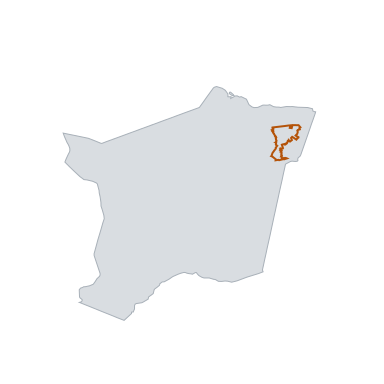 Voi, Coast, Kenya (highlighted), rotated 250°
{"feature_id": "3690345B74422593765563", "entity_name": "Voi", "entity_type": "district", "adm_level": 2, "iso_a3": "KEN", "parent_name": "Kenya", "parent_adm1": "Coast", "projection": "robinson", "projection_center": [38.488, -3.338], "detail": "fine", "context": "in_parent", "style": "outline", "palette": "amber", "viewbox_px": 384, "rotation_deg": 250, "n_neighbors": 0, "source": "geoboundaries", "source_scale": "gbopen_adm2", "svg_char_len": 6535}
<svg xmlns="http://www.w3.org/2000/svg" viewBox="0 0 384 384"><g transform="rotate(250 192 192)"><path d="M92.7,231.5L92.6,226.7L93.2,214.5L93.1,203.8L93.7,198.4L96.0,195.0L97.1,192.5L97.9,189.0L99.1,186.2L101.9,183.9L102.4,182.7L105.3,178.8L107.1,173.9L108.4,172.2L110.1,170.7L111.3,169.8L113.2,169.0L114.7,168.6L115.0,168.2L115.1,167.4L114.6,164.3L115.3,163.3L116.3,161.3L117.5,159.4L118.6,158.2L119.2,156.9L119.4,154.8L119.5,153.3L119.5,150.8L119.1,145.1L117.9,140.4L117.1,135.1L117.7,133.3L116.7,130.2L116.2,130.1L115.4,129.4L114.4,126.5L113.6,123.8L113.2,123.1L109.8,120.8L108.2,115.3L106.3,114.1L105.3,108.6L105.1,107.0L106.2,101.6L106.1,100.3L105.0,99.2L101.8,98.0L99.3,95.7L99.6,95.0L99.8,94.1L98.5,93.6L94.6,84.3L99.6,78.6L104.7,73.0L111.1,65.8L117.1,59.2L122.2,53.5L126.8,48.4L126.7,49.3L126.7,50.6L127.3,51.4L128.2,52.0L129.5,51.4L130.7,50.6L131.8,50.4L138.7,52.6L139.8,54.4L139.7,56.4L140.0,57.8L139.5,59.3L138.9,63.7L139.1,67.7L141.1,70.6L143.0,73.0L144.4,76.3L145.5,77.3L147.0,77.8L151.7,77.9L158.7,78.1L165.5,78.3L166.1,78.4L167.5,78.9L173.7,83.3L179.4,87.3L184.2,90.9L188.8,94.3L193.4,97.6L196.9,100.4L200.3,101.2L206.0,101.6L209.9,101.7L213.5,102.9L218.8,104.0L222.8,104.5L225.2,105.2L231.9,105.8L233.0,105.4L236.0,102.4L239.3,97.4L240.6,94.7L244.9,91.9L252.4,88.1L257.7,85.5L263.6,82.8L266.2,85.1L269.9,88.8L271.6,90.7L272.9,91.5L274.9,92.1L277.3,92.1L278.7,92.0L281.4,91.5L287.8,91.1L291.4,91.1L288.3,96.1L284.7,102.0L277.9,113.0L272.8,118.8L268.9,123.1L268.5,123.9L268.6,128.8L268.6,140.6L268.7,164.4L268.8,188.2L268.9,211.9L268.9,223.8L268.9,227.8L272.3,232.8L275.7,237.7L280.1,244.2L282.4,247.6L282.8,248.8L282.7,251.1L279.1,255.9L276.1,258.1L272.1,259.2L270.9,259.0L269.3,258.3L268.7,259.5L268.2,261.3L267.4,260.9L266.7,260.4L267.1,263.6L267.5,265.2L266.9,267.3L264.9,269.2L264.8,270.8L260.6,274.9L254.6,275.4L251.5,277.4L250.1,279.1L249.0,282.8L249.4,288.4L247.7,292.8L247.4,295.0L244.3,297.8L242.9,300.4L241.9,303.0L241.1,304.2L240.0,310.1L238.6,313.6L238.2,314.8L237.8,315.9L236.7,318.0L236.0,319.5L235.5,320.4L231.8,329.6L229.0,333.7L226.8,333.3L225.3,334.9L225.1,335.6L224.4,335.2L222.5,333.7L218.7,330.6L214.9,327.4L211.0,324.3L207.2,321.2L203.4,318.1L199.6,315.0L195.8,311.9L191.9,308.7L189.7,306.9L188.7,305.8L187.9,303.7L187.5,303.1L186.5,302.5L185.3,302.3L185.0,301.9L185.0,300.9L185.4,299.4L186.8,296.5L187.0,294.8L186.7,292.9L186.3,289.9L185.9,289.2L183.3,287.6L178.0,284.2L172.7,280.9L167.4,277.5L162.1,274.1L156.8,270.8L151.5,267.4L146.2,264.1L140.9,260.7L135.6,257.4L130.2,254.0L124.9,250.7L119.6,247.3L114.3,243.9L109.0,240.6L103.7,237.2L98.4,233.9L96.4,232.6L94.6,231.5L92.7,231.5ZM269.3,264.2L268.4,264.4L268.8,262.8L271.6,260.7L272.7,261.2L272.9,261.7L272.8,262.1L272.4,262.5L269.3,264.2Z" fill="#d9dde1" stroke="#a8b0b8" stroke-width="1"/><path d="M222.3,301.6L225.1,289.8L225.1,289.7L224.9,289.7L224.7,289.8L224.5,289.6L224.2,289.7L223.9,289.7L223.7,289.8L223.7,289.6L223.4,289.2L223.2,289.3L223.1,289.1L223.0,288.9L222.9,288.7L222.9,288.4L222.7,288.5L222.4,288.6L222.2,288.9L221.9,289.1L221.8,289.3L221.6,289.3L221.6,289.1L221.4,289.0L221.2,289.1L221.0,288.8L220.8,288.8L220.7,288.7L220.8,288.5L220.5,288.6L220.3,288.5L220.1,288.6L219.8,288.6L219.6,288.6L219.4,288.6L219.3,288.8L219.0,289.0L218.8,289.0L218.4,289.0L218.1,288.9L217.9,289.0L217.6,289.1L217.4,289.1L217.2,289.1L216.2,289.5L215.8,289.6L215.7,289.4L215.5,289.6L215.3,289.6L215.1,289.8L214.8,289.8L214.6,289.8L214.6,289.6L214.8,289.6L214.9,289.4L214.6,289.3L214.4,289.2L214.1,289.2L213.9,289.1L213.6,289.2L213.3,289.1L213.0,289.1L212.8,288.9L212.3,288.8L212.0,288.9L211.7,288.9L211.4,289.0L211.2,288.9L211.2,288.7L210.9,288.5L210.7,288.3L210.6,288.2L210.4,288.2L210.1,288.2L209.9,288.1L209.9,287.8L209.9,287.7L209.8,287.8L209.7,287.9L209.3,287.5L208.6,287.5L208.4,287.3L208.1,287.1L207.9,287.2L207.7,287.2L207.5,287.3L207.4,287.4L207.0,287.4L206.9,287.3L206.6,287.5L206.4,287.5L206.2,287.7L205.9,287.1L205.6,286.8L205.5,286.7L205.2,286.3L204.9,285.8L204.6,285.8L204.3,285.7L203.7,285.0L203.2,284.1L202.7,283.2L202.2,282.7L201.7,281.8L201.2,281.1L201.0,280.9L200.9,280.8L199.3,279.5L199.0,279.3L198.9,279.2L198.7,278.9L198.6,279.1L198.6,279.3L198.3,279.4L197.9,279.4L197.8,279.5L197.7,279.6L197.6,279.8L197.3,279.9L197.2,280.0L194.1,281.9L193.2,281.4L192.7,284.2L192.1,284.7L191.5,290.1L191.4,290.1L191.2,290.1L191.1,292.7L191.4,292.4L191.5,292.1L191.9,291.8L192.0,291.6L192.1,291.4L192.2,291.0L192.3,290.8L192.3,290.6L192.3,290.3L192.3,290.1L192.2,290.0L192.3,289.9L192.6,289.5L192.5,289.3L192.5,289.2L192.8,288.7L193.1,288.3L193.2,288.2L193.3,287.9L193.5,287.9L193.6,288.0L193.8,288.1L194.0,288.2L194.4,288.4L194.5,288.4L194.8,288.3L194.9,288.2L195.2,288.3L195.3,288.5L195.5,288.5L195.5,288.4L195.6,288.5L195.9,288.5L196.0,288.5L196.4,288.9L196.6,288.9L196.6,289.0L196.6,288.9L196.8,288.9L196.7,288.9L196.8,288.8L197.0,288.9L197.1,289.0L197.3,289.2L197.5,289.2L197.6,289.3L197.9,289.3L198.0,289.4L198.1,289.5L198.4,289.6L198.5,289.6L198.7,289.8L198.9,289.8L199.0,289.5L199.4,289.7L199.5,289.6L199.8,289.6L200.0,289.7L200.2,289.8L200.2,289.7L200.3,289.8L200.4,290.0L200.5,289.9L200.5,290.0L200.7,289.9L200.7,290.0L200.8,290.0L201.0,290.1L201.0,289.9L201.1,289.7L201.2,289.8L201.3,289.8L201.3,289.7L201.5,289.7L201.4,289.7L201.5,289.8L201.7,289.7L201.8,289.6L202.0,289.6L202.3,289.5L202.4,289.8L202.4,290.0L202.6,290.1L202.4,290.3L202.4,290.5L202.2,290.7L202.2,290.8L201.8,291.1L201.8,291.3L201.8,291.9L201.8,292.0L202.0,292.3L202.1,292.5L205.7,292.6L205.7,292.8L205.7,293.4L205.6,294.1L205.5,295.0L205.3,295.0L205.1,295.1L205.4,295.8L205.4,296.1L204.8,296.3L204.9,296.5L205.0,296.7L205.1,296.8L205.0,297.0L205.1,297.3L205.3,297.2L205.3,297.4L205.5,297.4L205.7,297.6L205.7,297.9L205.7,298.0L205.8,298.2L205.8,298.3L206.3,298.7L206.4,298.9L206.5,298.9L206.6,299.0L206.7,299.3L207.3,299.5L207.5,300.1L208.2,300.3L208.2,300.2L208.4,300.2L208.5,300.1L208.4,300.2L208.2,300.3L207.9,300.4L207.8,300.5L207.7,300.6L207.4,300.5L207.2,300.7L206.9,300.6L206.7,300.4L206.6,300.6L206.4,300.7L206.3,300.8L206.3,301.1L206.2,301.2L205.9,301.4L206.6,303.6L208.9,303.6L209.6,305.0L208.1,306.2L207.7,306.4L205.5,308.0L205.8,308.5L206.1,308.9L206.2,309.0L206.3,308.9L206.4,309.0L206.4,309.3L206.4,309.6L206.8,310.1L206.7,310.6L206.8,310.7L207.1,310.8L208.6,309.5L209.6,308.7L210.1,309.6L210.4,310.3L210.6,310.7L212.2,311.9L213.6,312.0L213.7,312.4L214.1,312.6L214.0,314.7L215.3,314.7L215.7,316.0L218.3,315.0L220.5,309.3L217.9,307.5L218.8,305.8L221.0,307.2L221.5,305.3L222.2,302.1L222.3,301.6Z" fill="none" stroke="#b45309" stroke-width="2"/></g></svg>